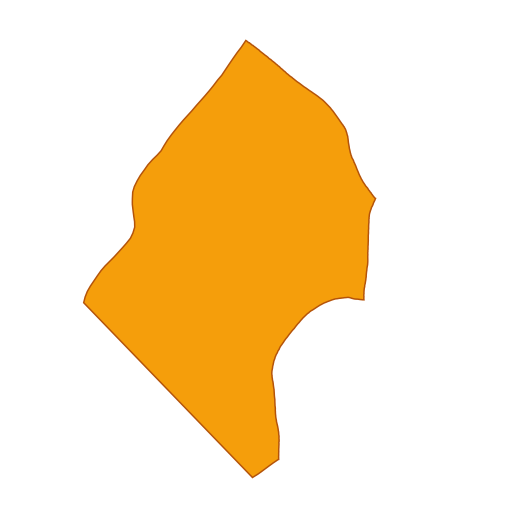 the district of Jabal Murad, Ma'rib, Yemen, rotated 226°
{"feature_id": "15242507B48371186390559", "entity_name": "Jabal Murad", "entity_type": "district", "adm_level": 2, "iso_a3": "YEM", "parent_name": "Yemen", "parent_adm1": "Ma'rib", "projection": "natural_earth1", "projection_center": [45.169, 15.045], "detail": "fine", "context": "isolated", "style": "filled", "palette": "amber", "viewbox_px": 512, "rotation_deg": 226, "n_neighbors": 0, "source": "geoboundaries", "source_scale": "gbopen_adm2", "svg_char_len": 5194}
<svg xmlns="http://www.w3.org/2000/svg" viewBox="0 0 512 512"><g transform="rotate(226 256 256)"><path d="M99.1,99.6L99.0,100.2L97.7,106.2L96.8,112.8L96.0,119.0L95.2,124.7L94.2,130.5L93.9,131.0L95.1,132.1L96.3,133.2L96.9,133.9L98.3,135.2L99.6,136.6L100.4,137.3L101.6,138.5L102.2,139.2L103.3,140.3L104.2,141.3L105.1,142.2L106.0,142.9L106.5,143.7L107.2,144.4L107.8,145.0L108.6,145.6L109.8,146.8L110.5,147.5L111.6,148.2L113.0,149.4L113.7,150.0L115.1,150.9L116.0,151.6L117.8,152.8L118.7,153.4L121.3,154.9L122.8,155.8L123.5,156.4L125.5,157.7L126.5,158.4L127.8,159.5L128.6,160.1L129.8,161.1L130.4,161.7L131.3,162.4L132.4,163.5L133.0,164.1L134.3,165.1L135.5,166.0L136.1,166.6L137.7,168.0L138.9,169.1L139.5,169.7L140.7,170.6L141.5,171.2L142.4,171.9L143.6,172.9L144.5,173.7L146.4,175.3L147.4,176.2L148.5,176.9L149.3,177.5L150.3,178.2L151.6,179.2L152.5,179.9L153.9,180.9L154.7,181.3L156.0,182.2L156.7,182.8L157.7,183.4L158.6,184.3L159.5,184.9L160.6,185.8L161.5,186.8L162.3,187.7L163.0,188.7L164.0,190.1L165.0,191.3L166.0,192.9L166.7,193.9L167.3,194.8L168.0,195.8L168.6,197.0L169.1,198.2L169.8,199.2L170.4,200.6L171.1,202.2L171.6,204.1L172.4,205.7L172.6,206.8L172.9,208.0L173.4,209.0L173.7,209.9L174.2,211.8L174.3,212.8L174.6,214.2L174.9,215.9L175.3,217.4L175.8,220.2L175.9,221.7L176.3,224.1L176.6,225.7L176.8,227.5L177.1,229.5L177.3,231.8L177.3,233.1L177.6,234.6L177.9,236.6L178.2,239.2L178.2,240.5L178.6,243.6L178.6,244.6L178.8,246.4L178.8,248.5L178.8,250.0L178.8,251.1L178.8,252.0L178.8,253.2L178.5,254.5L178.6,255.6L178.3,257.7L177.9,259.1L177.5,261.1L177.1,263.4L176.7,265.5L176.2,267.9L175.7,269.5L175.3,271.0L174.8,272.6L174.1,274.2L173.5,275.8L172.7,277.6L172.2,278.8L171.8,279.8L171.1,281.2L170.6,282.2L170.0,283.3L169.4,284.1L168.7,285.0L168.0,286.1L167.4,286.9L166.1,288.6L165.4,289.5L164.9,290.2L164.4,290.9L163.6,291.8L163.0,292.6L162.3,293.5L161.1,294.4L160.1,295.0L159.1,295.5L157.3,296.6L156.3,297.3L155.0,298.5L154.4,299.1L153.5,299.8L152.3,300.7L151.4,301.5L150.5,302.2L149.8,302.9L149.5,303.2L150.5,304.0L151.1,304.6L151.7,305.3L152.6,306.0L153.4,306.8L153.9,307.5L154.9,308.4L155.7,309.3L156.5,310.2L157.8,311.8L158.3,312.7L159.5,314.0L160.4,315.5L161.4,316.8L162.5,318.3L163.6,319.6L164.5,320.8L165.4,321.7L166.7,323.2L167.8,324.5L168.7,325.7L169.6,326.7L170.5,327.8L171.2,328.8L172.1,330.1L173.1,331.2L174.0,332.2L175.2,333.4L176.5,334.6L177.9,335.9L179.3,337.4L180.8,338.7L181.3,339.4L182.2,340.2L182.9,341.1L183.9,342.1L184.9,343.0L186.2,344.5L187.5,345.8L189.0,347.4L190.5,348.8L191.7,350.0L192.5,350.7L193.8,352.2L194.4,352.9L195.7,354.1L196.4,354.8L197.3,355.9L199.1,357.6L200.8,359.4L201.5,360.3L202.7,361.5L203.8,362.5L204.4,363.4L205.2,364.1L205.8,364.9L206.6,365.8L207.4,366.8L208.0,367.8L208.6,368.9L209.1,369.8L209.5,370.6L210.0,371.7L210.7,372.8L211.1,374.3L211.8,376.0L212.5,377.3L213.0,378.6L213.5,380.1L214.0,381.1L214.4,382.0L214.8,381.8L216.0,381.8L217.3,382.0L218.3,382.0L219.1,382.2L220.5,382.3L221.4,382.6L222.7,382.6L224.3,382.9L225.3,382.9L227.1,383.4L229.0,383.5L229.9,383.5L231.8,383.9L233.5,384.2L235.2,384.5L236.9,385.0L238.4,385.3L240.0,385.9L241.7,386.4L243.4,387.0L244.8,387.6L246.4,388.2L248.0,388.8L249.4,389.4L250.8,390.0L252.2,390.6L253.2,390.9L254.7,391.5L255.5,391.6L256.2,392.1L257.8,392.7L258.7,392.9L259.6,393.2L260.4,393.3L261.4,394.0L262.6,394.4L263.4,394.9L264.9,395.7L266.8,396.9L268.7,398.0L269.3,398.5L270.9,399.6L271.8,400.2L273.3,401.2L274.7,402.3L276.1,403.4L277.4,404.3L278.4,405.1L280.1,405.9L281.4,406.7L282.3,407.1L283.9,407.9L285.3,408.5L286.5,408.7L287.3,409.1L288.1,409.1L289.1,409.3L289.9,409.5L291.3,409.6L294.4,410.1L296.1,410.4L297.9,410.7L299.9,411.0L301.9,411.3L304.0,411.6L306.0,411.9L307.8,412.1L308.9,412.1L310.8,412.4L312.8,412.4L314.4,412.4L315.2,412.4L316.9,412.4L318.2,412.4L319.3,412.4L321.7,412.3L323.1,412.1L325.7,411.7L327.9,411.4L330.2,411.0L333.0,410.4L335.7,409.9L338.3,409.3L341.8,408.7L344.3,408.1L346.9,407.7L348.9,407.4L350.8,407.1L352.4,406.7L353.9,406.5L354.9,406.4L356.2,406.2L357.6,406.1L358.4,405.9L359.5,405.9L361.3,405.5L362.6,405.3L364.4,405.2L366.0,404.9L367.1,404.9L368.5,404.9L370.1,404.6L370.9,404.6L371.8,404.6L373.5,404.3L374.5,404.3L376.3,404.3L377.4,404.0L378.8,404.0L380.6,403.7L381.7,403.7L383.9,403.4L385.0,403.2L387.1,403.1L388.8,402.6L390.6,402.6L392.4,402.4L394.4,402.0L396.2,401.8L398.3,401.5L400.3,401.2L402.3,401.2L404.1,400.8L405.9,400.6L407.1,400.4L408.8,400.1L409.6,400.1L410.3,399.7L411.4,399.7L412.8,399.4L413.9,399.4L414.6,398.9L415.8,398.8L416.7,398.7L418.1,398.4L417.7,396.6L416.4,390.5L415.4,383.8L414.1,377.0L412.7,370.2L411.4,364.2L409.8,356.9L409.2,350.6L408.1,343.5L407.3,337.0L406.7,330.8L406.2,324.5L405.7,317.7L405.0,310.8L404.6,304.3L404.2,298.2L403.6,291.9L402.8,285.5L402.0,279.6L400.7,272.3L399.2,266.4L397.6,260.8L397.2,254.9L397.2,248.7L396.7,241.6L395.5,235.5L394.3,228.7L392.6,222.7L390.4,216.6L387.6,211.7L383.2,207.0L380.6,204.4L378.9,202.8L374.3,199.3L369.5,195.7L365.0,192.5L361.0,188.8L358.0,183.4L356.0,178.0L355.2,171.8L354.7,165.8L354.3,159.5L353.9,153.0L353.8,146.9L353.7,142.8L353.7,140.9L353.1,134.3L352.0,128.4L350.7,122.2L349.4,116.0L347.7,110.1L345.2,104.6L342.1,99.6L99.1,99.6Z" fill="#f59e0b" stroke="#b45309" stroke-width="1.5"/></g></svg>